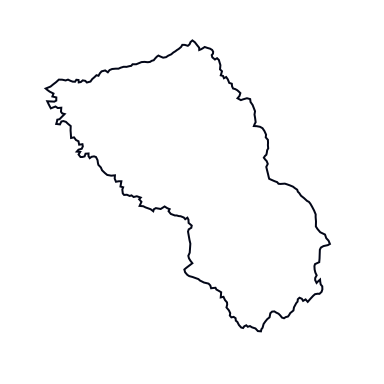 the district of Itararé, São Paulo, Brazil, rotated 350°
{"feature_id": "56859067B6120608130234", "entity_name": "Itararé", "entity_type": "district", "adm_level": 2, "iso_a3": "BRA", "parent_name": "Brazil", "parent_adm1": "São Paulo", "projection": "albers", "projection_center": [-49.315, -24.102], "detail": "fine", "context": "isolated", "style": "outline", "palette": "ink", "viewbox_px": 384, "rotation_deg": 350, "n_neighbors": 0, "source": "geoboundaries", "source_scale": "gbopen_adm2", "svg_char_len": 4543}
<svg xmlns="http://www.w3.org/2000/svg" viewBox="0 0 384 384"><g transform="rotate(350 192 192)"><path d="M302.9,300.5L300.5,302.0L298.9,303.2L298.0,300.1L298.4,298.1L300.3,295.7L299.5,292.8L299.3,289.6L299.7,286.2L300.6,284.4L302.4,283.9L305.1,283.2L306.0,279.9L307.9,271.0L309.3,269.1L312.1,268.1L316.6,267.9L318.8,267.1L318.0,263.6L316.2,260.8L315.6,257.0L311.3,253.9L309.2,250.3L308.0,247.5L309.0,242.5L309.4,238.1L309.9,235.5L309.0,231.4L307.7,227.3L306.5,224.0L305.4,222.0L303.8,220.8L301.2,217.4L298.7,214.6L297.4,211.6L296.3,210.1L296.0,208.0L294.0,206.1L292.4,204.3L289.6,202.5L286.8,200.9L284.9,199.9L280.4,199.4L278.6,198.9L277.6,197.1L275.2,195.7L272.2,193.7L270.3,192.4L270.1,190.0L270.0,187.7L269.8,185.0L269.5,180.2L271.5,177.5L270.9,174.5L269.7,172.7L268.7,170.7L270.1,169.2L271.7,168.2L272.5,166.3L273.3,163.9L274.6,162.3L274.9,158.9L275.4,156.9L275.8,153.8L274.1,151.0L274.9,148.4L273.9,144.5L272.5,141.4L270.3,139.6L267.1,138.4L264.4,137.8L265.4,136.1L266.8,134.3L267.0,129.7L267.0,126.6L268.1,123.4L266.8,116.8L265.3,113.6L265.4,110.6L262.4,109.2L260.4,109.4L258.5,109.6L256.1,110.0L253.1,107.6L255.4,105.7L256.8,103.0L255.5,101.2L254.2,99.6L252.5,98.2L250.4,97.2L249.8,94.9L250.0,92.3L247.6,91.0L246.8,87.2L245.6,84.7L243.2,85.5L242.7,83.1L240.6,82.1L242.5,78.3L240.9,76.1L242.0,72.0L241.6,68.8L241.4,66.7L239.9,64.6L237.6,65.5L235.4,62.9L235.2,60.6L236.7,59.4L237.2,57.5L236.5,55.6L234.7,54.0L232.2,52.8L229.7,51.4L227.4,52.4L225.7,53.0L223.8,53.4L224.1,51.1L222.7,48.6L220.8,45.0L218.7,42.8L216.6,44.1L215.2,46.2L213.3,47.3L210.5,45.9L208.0,45.4L206.5,47.2L203.8,48.8L201.8,49.6L200.1,50.5L197.8,51.4L195.5,52.8L192.3,53.6L189.9,54.7L186.9,54.7L184.4,53.1L182.6,51.8L180.9,52.6L178.9,54.1L177.2,55.6L175.2,55.8L173.2,56.6L171.0,56.5L167.8,55.6L164.8,55.3L162.6,55.8L159.3,56.5L155.6,55.9L154.1,57.2L152.1,57.2L149.3,57.4L146.4,56.8L143.3,57.2L141.0,57.8L138.3,57.3L134.7,57.0L132.0,57.6L129.9,59.5L127.6,57.2L123.9,57.5L121.9,59.1L120.1,61.3L118.2,60.4L116.0,61.9L113.3,63.5L111.2,65.6L107.5,65.9L106.2,64.0L103.8,63.1L101.6,64.4L99.5,64.4L99.7,62.0L97.6,61.4L96.0,63.1L93.7,62.6L91.6,61.4L89.4,59.8L86.9,60.2L83.8,58.9L80.4,58.2L77.1,60.3L74.2,61.8L71.0,63.6L65.9,64.7L67.2,66.3L69.2,68.4L72.7,71.0L71.1,73.7L74.8,75.3L74.2,78.4L72.1,79.1L68.2,78.2L65.2,77.5L66.0,80.4L67.5,85.1L72.4,84.1L74.4,86.0L77.9,86.3L76.9,90.2L77.8,92.0L80.1,93.1L76.4,95.7L74.2,97.3L71.9,97.4L71.2,99.3L70.1,101.4L73.7,102.5L75.6,99.9L77.6,99.8L80.0,101.0L81.7,103.3L84.0,106.0L83.1,110.3L82.8,113.4L82.3,117.8L85.3,117.7L86.8,120.7L89.0,122.3L89.1,125.8L92.4,125.9L92.4,128.1L90.9,130.3L87.6,130.6L85.6,132.2L88.8,133.1L86.8,135.4L88.3,138.2L90.2,138.5L92.4,138.3L93.8,135.8L96.8,136.1L96.3,138.7L97.2,140.9L99.2,139.9L101.7,139.9L103.5,140.9L104.5,144.2L104.4,146.9L104.5,149.0L106.5,152.0L107.2,155.0L109.6,158.3L111.5,160.5L115.3,161.9L119.0,162.2L118.2,165.4L118.9,168.7L121.5,168.7L124.3,169.2L123.2,172.2L122.5,174.2L125.0,175.4L123.8,177.5L123.6,181.4L124.6,183.1L127.4,183.4L130.0,185.1L131.8,184.8L133.7,186.8L136.9,186.6L140.5,188.6L138.7,190.0L140.5,192.9L138.0,196.6L141.6,197.6L143.4,199.0L148.3,201.8L150.5,204.2L151.4,202.4L153.6,201.6L158.2,203.3L162.5,201.5L164.9,203.7L167.0,205.0L165.6,206.8L167.3,209.9L171.0,212.1L173.0,212.5L174.7,213.4L176.6,213.9L179.5,215.7L180.6,217.6L183.0,216.5L183.7,218.6L183.3,221.9L185.9,225.0L185.1,227.1L182.3,228.2L181.2,230.3L181.2,234.8L181.2,238.6L181.4,242.6L179.2,251.4L177.3,254.2L177.5,256.8L178.5,259.4L180.0,262.2L173.2,265.7L171.0,267.0L171.3,269.9L173.0,272.8L174.6,274.3L177.8,275.8L183.2,278.9L184.5,280.6L186.3,281.9L188.0,283.2L192.4,285.1L193.8,287.2L194.1,290.1L196.1,290.2L198.5,290.4L199.1,292.3L201.0,293.8L203.3,295.8L202.7,298.2L202.0,300.8L204.8,300.7L205.7,304.1L207.3,306.8L207.1,309.0L205.9,311.7L207.8,315.0L208.6,318.0L207.8,320.2L209.0,322.3L211.3,322.2L213.0,323.9L212.8,326.3L214.1,327.8L215.1,331.1L216.9,334.0L218.7,334.8L220.2,333.3L222.3,332.7L223.5,334.4L225.8,334.1L227.6,335.7L230.8,337.4L232.7,340.4L235.7,341.2L236.5,339.2L237.9,338.0L239.6,334.4L241.6,332.4L244.0,330.3L246.6,328.9L248.1,325.0L250.1,323.7L252.4,323.9L254.0,325.4L256.1,326.9L257.5,328.9L258.8,331.3L260.7,332.3L262.5,331.5L264.9,331.3L266.4,329.9L267.7,328.3L269.7,327.2L271.3,326.3L272.4,323.3L275.4,319.5L276.9,318.3L277.6,316.0L279.5,314.8L281.6,316.2L282.5,318.5L285.2,317.5L286.9,320.3L290.1,317.7L293.4,315.2L295.4,314.0L298.0,314.0L299.9,314.4L302.3,312.8L303.5,310.5L303.9,307.5L302.7,305.4L302.7,302.6L302.9,300.5Z" fill="none" stroke="#020617" stroke-width="2"/></g></svg>